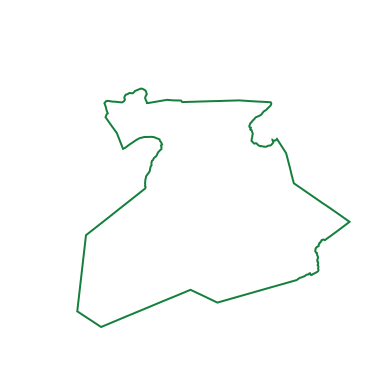 outline of Bamako, Bamako, Mali, rotated 74°
{"feature_id": "8926073B70420899930674", "entity_name": "Bamako", "entity_type": "district", "adm_level": 2, "iso_a3": "MLI", "parent_name": "Mali", "parent_adm1": "Bamako", "projection": "mercator", "projection_center": [-7.996, 12.607], "detail": "fine", "context": "isolated", "style": "outline", "palette": "green", "viewbox_px": 384, "rotation_deg": 74, "n_neighbors": 0, "source": "geoboundaries", "source_scale": "gbopen_adm2", "svg_char_len": 4006}
<svg xmlns="http://www.w3.org/2000/svg" viewBox="0 0 384 384"><g transform="rotate(74 192 192)"><path d="M282.4,89.6L282.0,89.4L281.6,89.2L280.9,89.1L280.6,88.8L280.1,88.5L279.8,87.8L279.4,87.5L279.3,87.4L279.2,86.2L278.8,85.8L278.6,85.4L278.7,85.1L277.8,84.7L277.3,84.5L277.0,84.0L276.6,83.9L275.9,83.3L276.0,82.6L274.9,81.5L274.7,81.3L274.4,80.9L274.1,80.7L274.3,80.3L273.9,79.8L273.9,79.4L274.0,78.7L274.2,78.3L274.9,77.6L274.8,77.4L274.8,77.2L273.9,74.9L272.1,69.8L269.9,63.9L264.1,48.8L251.5,58.9L245.5,63.8L237.7,70.4L230.1,76.6L225.0,80.8L219.7,85.1L211.7,91.7L206.7,91.6L202.1,91.5L196.3,91.2L191.7,91.1L184.8,90.9L182.8,90.9L180.7,90.8L164.4,95.7L164.9,96.4L165.3,97.1L165.4,97.6L165.3,98.1L165.3,98.3L165.3,98.9L165.1,99.3L164.9,99.8L164.2,100.3L164.5,100.4L165.8,100.1L166.3,100.0L166.8,100.2L168.4,102.5L168.7,103.2L168.9,104.0L168.5,105.9L168.6,106.6L168.9,107.7L168.9,108.6L168.5,109.6L168.1,110.7L167.8,111.1L167.7,111.4L166.7,113.2L166.7,113.6L166.8,113.8L166.5,114.1L165.5,115.2L165.0,115.6L163.0,116.6L162.7,117.2L162.7,118.5L162.6,118.8L162.4,118.9L162.3,119.1L160.4,120.1L159.4,120.7L159.2,120.6L157.5,120.0L156.3,119.2L154.3,118.4L152.9,117.5L150.5,117.6L148.9,117.7L148.6,118.1L148.5,118.5L147.7,118.7L147.5,118.4L147.1,118.0L146.4,117.7L146.1,118.2L145.7,118.7L144.4,118.8L143.5,118.0L142.3,117.3L141.6,116.2L141.0,115.1L140.1,114.1L139.3,112.4L139.1,112.1L137.8,110.2L137.4,106.9L136.8,104.1L135.4,102.4L135.3,102.1L134.9,101.7L134.2,100.4L133.5,98.0L132.3,95.9L131.3,94.0L130.7,92.9L129.8,91.9L129.1,91.5L128.4,91.4L127.6,91.5L127.1,92.5L124.8,99.1L122.4,106.2L122.0,107.2L120.8,110.7L117.0,121.2L115.2,128.2L112.9,137.3L111.6,142.4L110.6,146.2L106.7,161.5L105.2,167.5L104.8,168.8L104.7,169.4L102.9,176.6L101.1,177.4L101.0,177.5L98.7,184.9L96.5,190.7L94.4,209.6L94.1,210.8L92.6,210.7L90.5,211.1L88.8,211.2L87.3,210.3L86.6,209.6L85.6,208.5L83.9,208.5L81.9,208.6L80.3,209.9L79.7,210.6L78.5,212.4L78.7,214.8L79.0,217.3L79.2,218.8L80.1,220.3L80.8,221.8L80.3,222.9L79.6,225.1L80.2,227.0L80.1,228.4L81.0,229.9L82.8,231.1L84.7,231.0L86.0,232.4L86.6,234.5L85.8,236.7L84.4,240.0L83.1,243.7L82.2,245.6L81.2,247.6L81.0,249.5L82.5,251.7L86.5,251.4L89.6,251.6L93.2,251.3L93.5,252.0L93.7,252.5L93.9,252.7L96.3,254.5L100.9,252.9L105.8,251.2L108.8,250.1L114.6,248.0L120.0,247.5L131.5,246.4L131.1,244.0L129.9,241.0L128.9,238.3L128.3,236.2L127.1,232.7L126.8,231.8L126.1,229.0L125.8,227.6L126.0,222.6L127.3,217.9L127.7,216.0L128.5,214.0L128.6,213.7L132.4,208.8L134.3,208.6L135.3,208.2L136.8,207.8L138.2,207.7L138.7,209.0L139.4,208.9L140.1,209.0L140.6,209.2L141.2,209.1L142.2,209.5L144.2,213.2L145.6,214.7L146.9,215.6L148.0,217.1L148.8,219.2L150.7,220.9L150.9,221.8L152.1,222.6L153.3,223.1L155.3,223.6L156.2,224.8L156.8,225.1L157.3,225.4L160.3,226.9L161.5,228.2L162.9,230.1L164.3,231.8L165.7,232.4L167.0,233.3L168.5,233.9L169.3,234.1L170.4,234.7L171.5,234.8L172.1,234.9L173.1,235.5L173.3,235.5L173.6,235.4L174.3,235.2L175.7,236.0L177.9,241.4L189.2,268.9L191.4,274.2L204.3,305.8L242.8,321.8L275.1,335.2L296.7,316.6L293.5,289.5L290.7,264.8L289.9,258.2L288.8,248.6L287.6,237.6L285.6,220.4L291.4,213.8L294.6,210.1L295.8,208.8L305.3,198.1L305.4,142.4L305.5,115.7L305.0,114.1L304.5,113.0L304.4,112.7L304.3,112.4L304.2,111.7L304.3,110.8L304.3,110.3L304.2,109.6L304.0,108.0L304.0,107.8L304.0,107.2L303.3,105.4L303.1,104.9L303.2,103.8L303.3,103.5L303.3,103.2L303.2,103.0L303.0,102.4L302.7,101.7L302.6,101.0L303.1,100.8L303.9,100.9L304.1,100.9L304.5,100.5L304.7,100.0L304.7,99.7L304.5,99.0L304.2,98.4L304.1,97.8L304.1,97.2L304.0,96.8L303.9,96.4L303.8,96.1L303.7,95.3L303.5,94.7L303.4,94.1L303.3,93.7L303.2,93.3L302.9,92.8L302.6,92.4L302.4,92.2L301.4,91.8L300.6,91.9L300.2,91.9L299.7,91.6L299.3,91.3L298.1,91.0L297.8,91.0L297.1,91.4L296.7,91.3L296.3,90.8L295.0,90.2L293.9,90.6L293.2,90.2L292.6,90.6L291.9,90.3L291.3,90.0L290.5,89.3L290.2,89.0L289.2,88.9L288.7,88.8L287.2,89.1L286.5,88.9L285.6,89.0L285.2,88.7L284.3,89.6L283.7,89.6L282.8,89.9L282.4,89.6Z" fill="none" stroke="#15803d" stroke-width="2"/></g></svg>